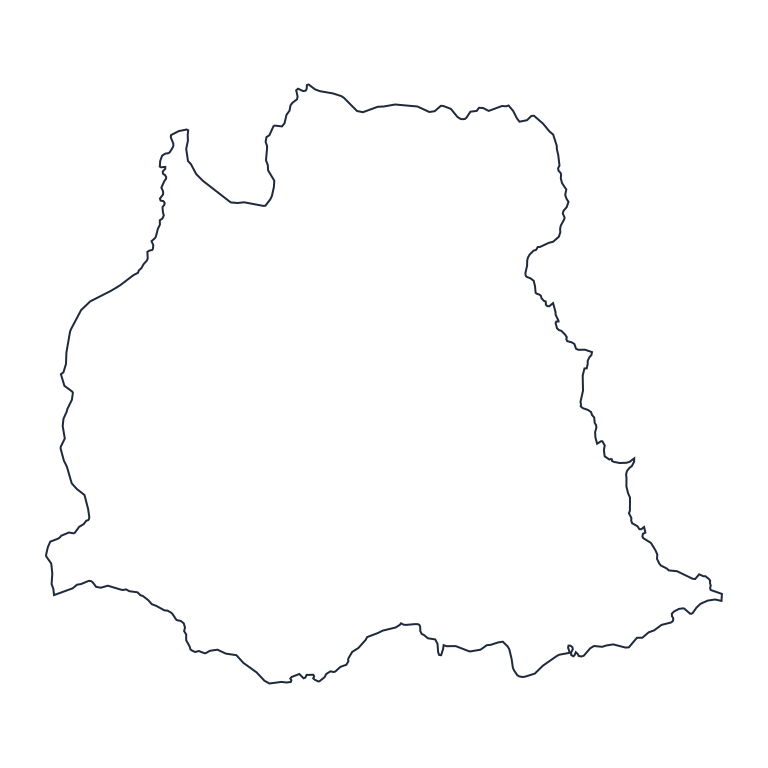 Remexio, Aileu, East Timor
{"feature_id": "22284137B74211319076421", "entity_name": "Remexio", "entity_type": "district", "adm_level": 2, "iso_a3": "TLS", "parent_name": "East Timor", "parent_adm1": "Aileu", "projection": "natural_earth1", "projection_center": [125.716, -8.631], "detail": "fine", "context": "isolated", "style": "outline", "palette": "slate", "viewbox_px": 768, "rotation_deg": 0, "n_neighbors": 0, "source": "geoboundaries", "source_scale": "gbopen_adm2", "svg_char_len": 6058}
<svg xmlns="http://www.w3.org/2000/svg" viewBox="0 0 768 768"><path d="M54.0,595.1L72.7,588.3L77.0,584.7L80.9,584.1L88.9,580.8L91.2,581.2L92.6,582.2L96.2,586.9L100.9,587.7L107.8,585.7L120.8,589.6L122.9,590.0L126.1,589.4L129.3,591.2L137.5,592.3L140.3,595.1L143.0,596.1L148.2,600.1L151.8,604.2L156.3,605.9L164.5,610.4L167.5,610.6L171.0,612.6L172.4,613.8L176.1,619.5L177.0,620.2L180.7,620.9L183.8,623.4L185.0,627.7L184.1,631.1L186.2,634.5L186.2,640.3L189.5,646.2L190.5,649.5L192.1,650.6L195.1,652.0L198.7,651.0L204.6,653.2L205.9,653.1L209.8,650.8L217.5,649.7L225.8,653.6L236.4,655.2L243.3,662.8L256.6,672.4L264.4,680.7L269.4,683.5L281.5,681.9L286.6,682.5L290.7,682.0L291.4,680.2L290.3,678.6L291.6,677.0L299.3,674.0L303.6,678.3L305.3,677.6L306.6,674.9L313.3,674.8L314.2,676.3L313.2,678.3L314.7,679.7L318.4,681.5L319.5,681.2L324.6,677.2L326.2,674.1L327.9,672.9L330.7,671.3L333.2,672.0L335.2,671.6L340.5,666.8L346.3,664.8L348.4,661.3L348.1,659.5L348.6,658.0L352.2,651.9L358.4,648.0L365.8,639.7L367.1,637.1L377.7,633.1L382.8,630.6L395.6,627.5L399.9,624.8L401.0,623.3L403.6,624.7L406.1,624.9L415.1,624.1L418.1,624.2L419.5,625.1L420.2,626.8L420.3,631.1L421.7,633.9L424.2,635.2L427.9,638.3L435.2,639.4L437.5,643.8L438.1,652.1L439.2,655.0L441.1,655.2L443.1,649.0L443.6,645.2L446.7,646.2L455.7,646.1L469.4,651.4L470.9,651.3L480.5,649.7L486.8,645.2L490.8,644.8L498.2,642.4L502.8,641.7L507.6,646.4L509.3,649.3L511.6,658.9L512.9,667.9L514.0,670.3L517.2,675.1L519.0,676.3L522.3,677.0L525.0,676.7L534.8,673.6L543.0,665.6L556.5,656.2L559.3,654.7L569.2,652.9L569.4,651.5L568.1,647.8L568.5,645.6L570.5,645.7L572.4,647.2L572.8,649.2L571.1,652.6L571.2,655.0L573.3,656.3L574.5,655.3L575.8,652.2L577.8,654.1L578.6,655.9L581.3,656.5L583.8,655.7L590.2,648.3L594.0,646.0L602.2,646.8L606.7,645.4L613.3,644.4L625.6,647.6L628.9,647.3L636.9,637.8L642.4,637.7L648.7,632.3L654.1,630.4L661.5,624.9L671.0,622.5L672.3,621.6L673.1,620.6L673.2,618.1L672.0,616.3L671.8,613.7L674.0,611.5L679.0,608.9L683.2,608.3L684.4,608.7L690.1,613.7L691.4,613.8L692.8,612.9L696.4,607.7L700.5,603.8L707.7,600.6L715.0,599.5L721.5,600.9L721.9,593.9L710.7,590.0L710.1,588.2L710.7,585.5L709.9,582.6L710.2,580.7L708.7,578.8L705.4,576.2L703.2,576.2L699.2,574.3L695.2,579.0L692.7,578.8L677.0,571.2L668.8,570.4L666.8,568.5L661.0,565.6L659.3,563.6L657.0,558.8L657.3,554.5L655.4,550.2L650.9,542.9L643.2,538.1L642.4,536.5L642.9,533.8L645.4,532.6L644.1,527.0L641.3,529.2L639.4,529.2L637.4,526.2L632.1,523.2L631.2,520.6L631.4,518.1L628.9,513.1L629.9,510.9L630.0,497.6L628.0,493.1L626.4,486.3L626.5,478.3L626.1,474.3L627.0,471.0L629.4,467.9L631.9,466.0L634.1,461.7L634.2,458.4L629.5,461.9L626.2,462.8L619.7,463.0L613.9,461.9L612.0,460.9L611.8,459.3L610.8,459.0L609.3,459.5L604.7,456.3L603.9,450.3L604.7,445.4L602.4,441.3L601.1,441.2L597.1,443.7L596.4,441.2L595.4,437.3L595.1,432.2L596.4,427.6L596.1,425.2L594.7,422.9L594.2,417.5L592.0,415.0L591.1,412.1L587.9,409.9L582.9,408.2L580.7,406.4L581.0,404.7L580.5,401.8L583.0,390.7L582.7,375.6L584.5,368.4L586.7,368.4L587.7,364.0L587.7,360.9L589.3,357.4L591.4,355.1L592.0,352.1L585.0,349.7L578.3,349.8L576.0,348.7L574.4,344.0L571.6,342.3L567.1,341.1L566.3,339.0L566.8,337.2L565.0,334.5L561.3,330.8L559.0,330.1L557.0,328.3L555.6,322.9L556.3,321.5L558.5,321.5L558.5,320.8L555.6,314.7L555.5,312.0L553.1,303.1L549.3,306.2L547.4,306.2L546.6,305.4L545.9,304.7L545.7,301.5L543.8,300.8L541.4,298.1L541.1,296.1L539.4,294.6L536.5,293.6L535.6,292.7L535.0,286.2L533.7,280.8L530.4,278.3L526.7,276.9L525.7,275.6L525.4,273.0L527.1,265.7L527.2,260.6L527.9,257.7L529.6,254.6L533.5,250.7L536.2,249.8L537.7,247.1L540.1,246.9L548.9,242.8L553.0,241.8L558.8,236.8L560.3,232.3L560.1,229.0L560.8,225.5L564.1,219.6L564.6,217.6L562.8,213.5L563.5,210.8L566.7,207.1L568.5,201.9L566.5,198.8L565.2,194.9L566.3,189.5L562.0,183.1L560.8,178.2L561.1,174.5L560.5,172.8L558.5,170.7L558.1,168.3L559.5,165.5L558.2,154.8L556.9,149.4L556.7,145.7L553.2,134.6L549.6,131.6L543.0,123.6L533.9,115.7L531.3,116.0L527.0,120.2L519.5,121.7L516.9,118.3L513.2,111.0L508.6,105.5L506.1,106.3L502.0,106.0L488.7,110.9L483.1,108.0L479.0,107.8L476.7,110.9L470.4,111.7L466.3,117.9L464.8,119.0L462.5,119.2L460.5,118.9L457.4,116.9L450.9,108.9L443.4,106.0L440.9,105.8L434.7,111.2L429.3,112.0L417.5,106.5L395.1,104.5L383.8,106.5L377.7,106.8L362.9,112.2L357.0,111.0L344.0,97.9L341.3,96.1L332.9,93.4L320.0,91.2L315.1,89.4L308.6,84.5L306.9,85.1L306.7,88.8L305.6,90.7L303.2,91.1L298.0,88.7L296.2,90.3L297.6,96.6L297.0,99.3L292.3,102.9L290.5,105.4L289.5,110.7L286.5,114.8L284.5,123.3L282.0,126.4L274.6,125.6L273.5,126.2L269.4,135.2L266.5,137.1L265.6,141.9L267.0,145.7L267.1,147.7L266.0,160.3L267.8,165.0L268.1,170.4L274.3,180.7L273.9,187.0L271.9,196.0L270.2,199.5L265.4,205.7L263.3,205.9L244.2,202.3L237.4,203.0L230.7,202.4L203.1,181.0L196.2,174.1L191.0,164.3L188.0,161.0L186.2,149.0L187.9,140.7L187.7,134.7L188.2,130.3L186.7,129.5L178.7,131.1L171.0,135.1L170.8,137.4L173.3,143.6L173.4,145.7L172.6,147.7L169.9,152.0L168.6,153.1L165.1,153.7L162.1,155.7L160.2,161.0L159.8,166.6L161.1,167.3L165.3,166.9L165.2,168.9L162.8,171.4L162.8,172.9L163.4,174.2L164.9,174.9L166.2,177.0L166.0,178.8L164.2,181.3L161.4,187.7L163.1,191.5L163.1,194.4L159.9,198.6L160.6,200.6L163.3,201.1L164.6,202.7L164.5,204.5L162.5,207.1L162.9,212.2L163.8,215.4L162.4,218.6L159.8,220.3L159.9,224.7L157.8,229.0L155.9,236.6L155.0,238.1L151.5,241.2L153.3,245.1L152.9,248.9L152.1,250.0L149.4,250.6L147.4,251.8L147.7,258.7L146.6,260.9L143.4,264.4L141.6,267.9L138.8,270.5L138.0,272.8L133.5,275.1L120.1,285.3L110.8,290.9L90.2,301.4L81.1,310.1L71.1,329.0L70.1,331.4L66.4,352.6L66.0,363.9L63.4,372.4L60.9,374.2L64.4,385.8L72.2,391.6L72.9,392.7L71.9,399.8L67.4,408.9L66.7,411.7L63.5,418.7L62.7,426.1L64.8,438.5L60.7,446.9L60.6,448.6L63.9,460.7L66.9,466.7L71.7,483.3L76.8,489.0L84.5,495.0L88.1,508.9L89.3,517.1L89.0,519.0L88.2,520.1L86.2,520.8L83.8,524.0L79.1,526.9L74.7,532.9L73.4,533.3L68.9,532.5L61.3,535.7L59.6,537.7L57.6,538.9L50.3,541.6L47.9,547.0L46.1,554.7L46.2,556.4L51.1,563.3L51.4,564.8L52.3,573.7L51.6,584.0L53.4,589.1L54.0,595.1Z" fill="none" stroke="#1e293b" stroke-width="2"/></svg>